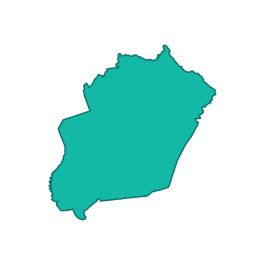 Tanjung Jabung Barat, Jambi, Indonesia, rotated 162°
{"feature_id": "22746128B97653119007289", "entity_name": "Tanjung Jabung Barat", "entity_type": "district", "adm_level": 2, "iso_a3": "IDN", "parent_name": "Indonesia", "parent_adm1": "Jambi", "projection": "orthographic", "projection_center": [103.17, -1.093], "detail": "fine", "context": "isolated", "style": "filled", "palette": "teal", "viewbox_px": 256, "rotation_deg": 162, "n_neighbors": 0, "source": "geoboundaries", "source_scale": "gbopen_adm2", "svg_char_len": 5766}
<svg xmlns="http://www.w3.org/2000/svg" viewBox="0 0 256 256"><g transform="rotate(162 128 128)"><path d="M146.9,182.1L148.5,180.7L149.8,179.9L150.2,179.4L150.5,179.3L152.8,179.1L153.0,182.0L153.8,183.3L155.9,182.7L157.2,181.3L157.1,180.3L157.1,179.0L157.7,178.4L157.8,177.8L158.8,177.2L159.0,176.9L158.7,174.7L158.7,173.9L159.2,173.5L159.4,172.5L159.0,161.5L158.7,156.2L161.2,155.9L182.2,155.6L183.9,155.8L187.5,155.6L189.5,153.5L194.4,148.9L194.5,143.9L193.7,133.3L193.6,130.4L193.7,129.6L194.3,127.1L194.8,126.3L195.2,125.3L195.5,123.2L196.0,122.6L196.3,122.3L197.0,122.0L197.6,121.5L197.9,121.1L198.4,120.4L198.7,119.3L199.1,118.4L200.5,117.3L201.4,116.0L202.6,114.7L206.1,113.0L206.3,112.5L206.7,112.2L208.8,110.8L210.1,110.5L210.5,110.1L210.4,109.4L211.7,109.2L212.4,109.6L213.0,109.1L212.8,108.4L213.6,108.4L213.9,107.7L214.4,107.6L214.7,107.7L215.1,106.7L215.0,106.4L214.6,106.0L215.5,105.4L215.5,105.1L215.8,104.8L216.1,104.9L216.8,104.8L217.3,104.9L217.5,104.6L217.6,104.4L216.9,103.9L216.4,103.9L216.2,103.4L216.3,103.1L216.9,102.8L216.4,102.3L216.4,102.1L217.4,102.1L217.5,101.6L217.3,101.1L217.6,100.9L217.8,101.0L218.1,101.7L218.6,101.8L218.9,101.4L219.2,100.7L219.4,100.5L219.5,100.4L219.2,100.2L218.9,100.2L218.6,100.6L218.3,100.6L217.9,100.3L217.8,99.9L218.0,99.6L218.9,99.8L219.0,99.5L218.8,98.8L218.5,98.8L218.4,98.6L218.7,98.3L219.3,98.2L219.4,97.8L219.2,97.5L219.2,97.3L219.7,97.2L220.6,97.5L220.8,97.4L221.0,97.2L220.9,96.8L220.7,96.7L220.4,96.6L219.9,96.8L219.7,96.6L219.9,95.7L219.5,94.6L219.6,94.4L220.0,94.4L220.4,94.8L220.9,94.8L221.2,94.7L221.4,94.5L221.4,94.2L221.1,93.8L220.9,93.8L220.4,94.0L220.0,93.3L219.8,92.0L220.2,91.8L220.7,92.0L221.0,91.8L221.2,91.4L220.8,91.1L220.3,91.0L220.1,90.8L219.9,90.1L220.0,89.2L220.4,88.0L220.6,87.8L221.5,87.5L221.7,87.3L221.6,87.0L221.3,86.2L221.4,85.0L222.6,83.7L222.3,82.9L221.2,81.7L221.0,81.2L220.6,81.1L218.2,79.9L217.7,79.8L218.3,79.6L218.9,79.5L219.2,78.8L219.6,77.3L219.5,76.3L219.3,75.5L218.1,72.5L217.9,72.1L217.8,71.2L217.4,70.5L216.9,70.0L216.1,69.7L211.2,68.5L205.2,67.6L205.4,65.8L205.3,63.6L204.8,61.1L203.9,59.2L202.9,57.6L201.6,56.4L200.0,55.2L198.5,54.7L196.7,54.9L195.9,55.8L195.7,56.3L195.7,56.9L196.4,58.3L196.4,58.6L196.2,59.3L196.0,61.0L195.8,61.6L195.2,62.5L194.7,62.7L192.2,63.4L189.3,64.8L182.6,67.5L180.8,68.0L180.3,68.0L179.3,69.4L178.9,69.6L178.4,69.7L177.6,69.5L177.1,69.0L176.5,67.4L176.6,67.1L176.0,66.9L171.1,65.9L167.9,65.2L159.6,63.5L157.7,63.1L157.1,62.8L156.0,62.7L150.8,61.8L135.6,58.5L134.5,58.1L133.9,58.0L130.4,57.5L129.2,58.0L127.3,58.7L125.5,59.7L124.5,59.9L122.5,59.5L120.5,59.6L119.5,59.5L115.5,59.1L113.7,59.2L108.1,59.2L107.4,59.8L106.3,60.8L104.5,63.3L100.0,70.0L99.0,71.1L97.8,72.6L95.2,76.5L92.2,80.3L90.9,82.1L89.0,84.1L85.4,87.5L81.8,91.3L77.4,95.2L69.9,100.9L67.2,103.4L62.8,107.9L62.3,108.3L61.5,108.8L59.8,110.9L59.5,111.9L60.2,112.3L61.0,113.1L61.2,113.7L61.0,114.1L61.4,114.6L61.4,115.3L61.3,115.6L61.1,115.8L60.9,115.9L60.2,115.4L59.5,115.5L59.4,115.8L58.8,116.0L56.8,114.7L56.3,114.8L55.9,115.8L56.3,116.5L56.6,116.6L56.7,117.0L56.5,117.7L56.0,118.4L55.6,118.5L54.9,118.1L54.1,118.8L53.6,118.8L52.7,118.9L52.1,119.2L51.2,120.1L51.2,121.3L51.6,123.3L51.6,123.9L51.2,124.5L51.0,124.8L50.4,125.1L49.9,125.0L49.0,124.5L48.3,124.2L47.9,124.2L46.8,125.6L46.4,125.9L46.0,126.0L45.6,125.8L43.4,126.4L43.2,126.8L42.6,126.9L41.8,126.3L41.5,126.3L41.4,126.6L41.5,128.5L41.1,128.6L40.3,128.4L39.7,128.4L39.3,128.8L38.8,130.0L38.7,131.5L38.3,131.8L37.0,132.3L35.1,132.7L34.1,133.3L34.3,133.5L34.4,134.9L34.3,135.4L33.4,136.8L33.5,137.2L33.8,137.7L35.2,139.3L35.7,140.1L37.6,142.3L38.2,143.2L38.6,144.4L39.4,145.4L39.7,146.7L40.8,147.4L41.1,147.7L41.3,148.1L41.6,148.8L41.2,150.3L41.2,151.0L42.1,153.2L41.9,153.9L42.1,154.2L42.8,154.7L43.1,155.1L43.7,156.8L44.2,157.5L44.5,158.2L44.7,158.4L45.2,158.6L46.3,158.8L46.6,158.9L47.0,159.2L47.6,159.8L48.4,161.6L49.2,162.3L49.6,162.5L50.0,162.4L51.2,162.2L51.7,162.0L52.5,162.1L53.1,162.3L53.9,162.7L56.0,164.3L57.0,165.4L57.1,165.9L57.3,166.7L57.4,166.9L58.0,167.2L58.2,167.5L58.2,168.2L57.9,169.1L58.0,169.6L58.3,170.0L59.7,170.6L60.4,171.2L60.8,171.8L61.2,173.7L61.8,175.1L62.8,177.1L63.0,178.8L63.6,180.2L64.5,181.8L66.0,185.3L66.0,185.9L65.9,186.4L64.7,187.4L64.4,188.0L64.5,189.1L64.9,190.6L65.9,193.2L67.1,195.0L67.5,195.4L68.2,195.4L68.7,195.3L69.0,195.0L69.5,194.3L69.5,193.0L69.4,192.0L69.3,190.4L69.4,189.9L69.7,189.8L70.0,189.6L71.3,190.2L71.9,190.2L72.2,190.0L72.7,189.5L74.0,187.8L74.5,187.7L75.4,187.9L76.4,188.4L76.6,188.4L77.0,188.2L77.2,187.7L76.6,186.6L76.9,186.1L77.9,186.4L78.4,186.1L78.7,185.9L78.7,185.6L78.5,184.8L78.6,184.7L79.4,184.5L82.3,184.4L83.8,184.5L84.8,185.6L85.4,186.1L86.8,186.5L88.1,186.7L88.9,186.7L89.5,186.9L90.5,187.9L91.8,188.7L92.9,189.9L93.7,191.0L94.6,191.9L95.9,192.4L96.3,192.8L97.2,194.3L97.8,194.8L99.9,195.5L100.2,195.4L100.9,195.1L101.9,195.0L103.2,195.4L104.3,196.4L105.0,196.9L105.6,197.3L107.3,197.5L107.7,197.7L107.8,198.4L108.0,198.7L109.2,198.2L109.9,198.0L111.4,198.2L111.9,198.6L111.9,199.9L112.1,200.4L112.8,201.2L113.6,201.3L114.3,201.2L114.5,201.0L114.6,200.5L115.1,198.6L115.3,198.0L116.1,197.4L116.1,196.4L116.6,195.2L116.6,194.8L116.3,194.4L116.2,193.9L116.7,193.2L117.4,192.9L118.3,192.8L118.7,192.5L119.0,192.6L119.7,192.1L120.1,191.5L120.1,190.8L119.9,190.4L118.6,189.7L117.8,188.6L117.8,188.3L118.9,188.3L120.1,188.6L121.7,189.2L127.5,190.3L128.5,190.3L129.3,190.6L129.6,190.6L129.9,190.4L130.0,190.1L129.9,189.2L130.1,188.9L130.4,188.6L131.7,188.4L132.6,187.3L133.5,186.7L134.4,185.4L135.4,184.2L135.7,184.1L135.9,184.2L135.8,184.9L136.0,185.3L136.3,185.5L137.4,185.8L138.8,187.4L139.4,187.9L139.7,187.9L140.0,187.8L140.3,187.5L140.8,186.8L141.3,186.2L145.3,184.0L146.9,182.1Z" fill="#14b8a6" stroke="#0f766e" stroke-width="1.5"/></g></svg>